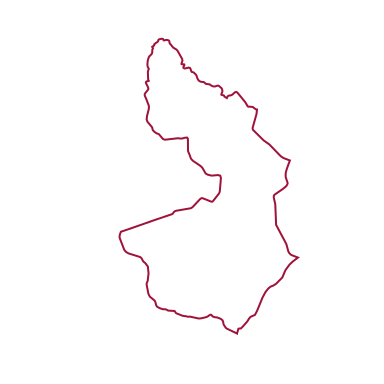 the border of Dornod, rotated 227°
{"feature_id": "MNG-3332", "entity_name": "Dornod", "entity_type": "Province", "adm_level": 1, "iso_a3": "MNG", "parent_name": "Mongolia", "parent_adm1": "", "projection": "orthographic", "projection_center": [116.608, 48.287], "detail": "fine", "context": "isolated", "style": "outline", "palette": "rose", "viewbox_px": 384, "rotation_deg": 227, "n_neighbors": 0, "source": "natural_earth", "source_scale": "10m", "svg_char_len": 4308}
<svg xmlns="http://www.w3.org/2000/svg" viewBox="0 0 384 384"><g transform="rotate(227 192 192)"><path d="M211.4,112.9L204.3,128.8L203.8,130.0L196.7,146.2L189.4,162.3L189.3,163.2L189.7,165.0L189.7,165.9L189.1,167.6L181.1,179.8L180.8,180.7L180.6,181.8L180.6,182.8L181.3,193.1L181.0,194.8L179.9,195.7L171.8,199.5L171.0,200.4L171.0,200.9L172.0,207.6L172.5,210.7L173.0,211.9L173.8,213.1L182.5,222.7L184.7,223.8L186.7,222.5L190.6,217.5L194.0,215.3L196.2,214.6L202.6,216.1L205.1,216.0L213.9,214.0L216.3,213.9L217.4,214.1L221.6,215.9L224.2,216.8L225.0,217.3L233.7,225.3L235.2,225.5L236.6,223.7L237.8,221.3L239.1,219.9L240.9,218.4L248.3,208.4L249.1,207.6L250.8,206.9L256.3,207.2L257.1,207.1L259.4,206.0L261.5,205.6L263.5,205.5L264.4,205.7L266.0,206.7L266.9,207.0L273.7,207.3L276.1,208.4L278.3,211.0L282.3,217.2L284.2,219.1L291.5,222.1L294.5,223.1L295.4,223.7L295.9,224.4L296.2,225.4L296.7,229.1L296.9,230.0L297.4,230.6L298.2,231.1L301.5,232.2L303.0,232.6L303.6,233.0L303.9,233.7L303.8,234.3L303.0,235.5L302.8,236.2L304.1,236.6L309.8,241.5L310.3,242.1L310.8,243.0L311.2,243.8L311.6,244.4L313.8,245.0L315.4,246.1L318.0,248.9L319.0,250.5L320.0,252.2L320.3,253.2L320.4,256.3L320.6,256.9L320.7,257.2L320.8,257.5L321.3,258.2L322.5,259.4L323.1,260.0L323.3,260.4L323.4,260.8L323.5,261.2L323.9,261.6L324.2,261.7L324.8,261.7L325.3,261.8L325.4,262.2L325.3,262.7L325.1,263.1L325.0,263.5L325.0,264.2L325.1,264.4L325.2,264.6L325.4,264.8L325.6,264.9L325.8,265.1L325.8,265.3L325.7,265.6L325.7,266.0L325.7,267.2L325.3,268.8L325.3,269.7L325.5,270.2L326.1,271.1L326.2,271.5L326.1,272.0L325.9,272.4L325.7,272.7L325.1,273.9L324.5,274.6L323.8,275.1L323.2,275.1L322.4,274.7L321.9,274.9L321.5,275.6L321.0,276.6L320.5,277.2L319.8,277.8L319.0,278.2L318.4,278.4L317.6,278.2L316.3,277.2L315.6,277.0L314.6,277.1L312.0,276.8L310.2,276.8L307.1,277.7L305.4,277.8L296.3,275.6L295.4,275.2L294.5,274.5L293.4,272.4L292.8,271.6L292.1,271.8L291.2,272.9L290.7,273.3L290.1,273.1L289.7,272.4L289.5,271.5L289.2,270.8L288.5,270.4L287.4,270.8L286.6,271.9L285.3,274.4L284.1,275.1L282.8,274.8L281.5,274.1L280.1,273.7L279.6,273.9L278.6,274.6L278.1,274.8L275.3,274.9L273.9,274.6L271.6,273.5L270.3,273.1L269.1,273.0L268.0,273.1L266.9,273.5L265.8,274.3L264.5,275.5L264.0,275.7L262.1,275.8L261.4,276.1L258.7,278.3L257.5,278.5L255.8,279.0L255.0,279.4L254.2,280.0L253.5,280.8L252.6,282.8L252.1,283.6L251.4,284.0L247.8,284.4L246.9,284.2L245.2,283.2L244.6,282.5L243.6,280.3L243.1,279.8L242.7,279.9L241.1,281.1L240.8,281.1L240.4,281.1L239.7,280.8L236.9,281.5L237.5,283.1L237.6,283.9L237.4,284.6L236.1,286.5L235.7,287.9L235.6,291.5L235.0,292.6L233.7,293.0L221.4,292.2L216.9,291.2L216.3,291.2L215.9,291.4L215.2,292.3L213.0,294.2L212.4,294.5L210.2,294.8L208.7,295.2L208.0,295.8L205.0,292.3L197.7,280.3L197.2,279.7L196.6,279.3L195.9,279.0L180.8,279.6L174.0,281.0L157.6,281.3L154.4,282.1L148.3,285.1L144.2,277.0L142.2,273.8L141.1,272.6L140.1,271.6L139.1,270.8L138.0,270.2L134.0,268.4L133.4,268.1L132.9,267.5L132.5,266.7L132.2,265.7L132.0,264.4L132.3,260.2L133.7,250.8L133.5,249.4L133.0,248.8L132.3,248.1L126.2,244.5L110.6,231.1L89.6,225.5L83.0,222.0L81.1,221.5L80.1,221.5L79.1,221.5L77.9,221.8L71.8,224.8L72.4,218.6L72.4,213.9L71.2,207.3L69.9,204.2L69.5,203.4L67.9,199.8L67.5,190.9L68.2,187.4L69.1,185.3L69.4,182.2L69.0,179.3L68.6,177.2L66.8,171.8L60.9,159.0L59.7,155.8L59.2,153.9L59.7,152.8L60.6,150.3L60.7,149.3L60.6,147.9L59.6,144.0L58.9,136.9L58.9,134.6L59.1,134.4L59.2,134.2L59.8,133.6L60.1,133.2L60.3,132.9L60.3,132.6L60.1,132.3L57.9,128.5L57.8,128.4L68.3,124.3L69.7,124.1L73.4,124.7L76.3,126.5L77.3,126.8L78.4,126.7L79.9,126.4L83.0,124.9L85.0,123.2L85.8,122.8L86.5,122.4L87.3,122.3L89.0,122.3L89.6,121.9L90.0,120.8L90.2,119.0L90.4,118.2L90.7,117.2L93.3,112.7L94.2,111.4L95.2,110.4L102.3,105.5L103.2,104.3L103.8,103.8L105.6,102.6L106.2,102.0L107.9,100.7L113.8,97.9L114.5,97.7L115.9,98.0L116.6,98.1L117.1,97.9L121.3,93.9L122.0,93.5L123.4,93.1L124.1,92.8L126.2,90.7L129.0,89.2L131.9,88.2L133.4,88.5L136.4,90.1L138.0,90.6L144.2,89.8L147.3,90.7L155.3,95.7L155.9,96.3L156.3,96.9L157.0,98.5L157.4,99.2L162.2,104.8L167.5,108.8L168.1,109.0L170.2,109.1L170.9,109.3L172.1,109.3L174.5,109.0L178.0,109.9L179.1,109.9L180.2,109.5L190.4,103.7L193.1,102.9L195.9,103.0L198.6,104.1L207.8,107.8L209.2,109.0L210.4,110.8L211.4,112.9Z" fill="none" stroke="#9f1239" stroke-width="2"/></g></svg>